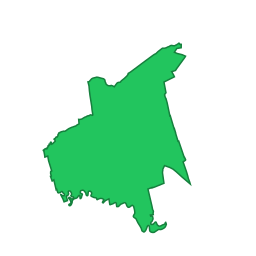 outline of Bucecea, Botosani, Romania, rotated 286°
{"feature_id": "2599482B9229930531525", "entity_name": "Bucecea", "entity_type": "district", "adm_level": 2, "iso_a3": "ROU", "parent_name": "Romania", "parent_adm1": "Botosani", "projection": "natural_earth1", "projection_center": [26.438, 47.768], "detail": "fine", "context": "isolated", "style": "filled", "palette": "green", "viewbox_px": 256, "rotation_deg": 286, "n_neighbors": 0, "source": "geoboundaries", "source_scale": "gbopen_adm2", "svg_char_len": 5536}
<svg xmlns="http://www.w3.org/2000/svg" viewBox="0 0 256 256"><g transform="rotate(286 128 128)"><path d="M223.1,156.1L222.7,155.3L222.7,154.7L223.3,154.4L223.5,154.1L223.6,153.8L223.5,153.4L222.6,152.9L222.2,152.4L221.3,151.8L220.8,151.0L219.9,150.2L219.7,149.4L219.5,148.5L219.5,147.7L219.3,146.8L218.7,145.9L217.6,145.1L217.3,144.4L215.5,142.4L214.8,141.2L214.2,139.1L209.9,135.9L207.1,134.3L206.1,133.1L204.4,131.7L193.1,123.0L192.5,122.6L182.4,114.9L180.5,113.1L180.0,113.4L177.7,112.6L174.5,110.7L171.4,108.5L170.2,108.1L169.9,107.9L169.1,106.0L168.2,105.1L163.8,103.4L164.2,102.1L164.3,100.5L164.3,100.0L163.6,99.4L163.3,97.6L163.3,96.7L164.1,95.0L164.7,94.4L165.3,94.1L166.4,93.1L167.7,92.6L168.3,91.7L168.6,90.8L168.5,87.8L168.5,85.6L168.3,84.0L166.3,80.6L165.9,80.1L165.1,79.4L162.1,78.0L161.6,77.5L161.3,76.8L157.7,78.9L153.0,80.7L149.0,82.4L138.7,87.2L135.6,88.4L132.2,90.0L131.1,90.5L130.6,90.5L130.3,90.1L130.4,89.4L130.4,88.7L130.2,88.1L129.1,87.2L128.7,86.4L128.8,86.4L128.7,86.2L128.2,85.4L127.2,84.6L126.6,83.6L123.7,80.9L122.8,78.9L122.7,78.2L118.5,79.8L116.8,78.1L115.3,77.1L115.3,76.8L115.0,76.3L113.7,74.6L113.3,73.9L112.2,72.6L111.2,71.4L109.7,70.1L108.6,69.3L107.6,68.4L107.3,67.7L107.3,67.2L106.0,64.9L105.4,64.3L105.3,64.0L105.0,64.0L104.7,63.8L104.1,62.8L103.1,62.8L102.4,62.5L101.4,62.8L100.6,62.5L100.2,62.6L99.7,62.3L99.6,62.2L99.7,61.7L99.5,61.4L99.1,61.2L97.6,60.8L97.5,60.6L97.5,60.3L97.1,60.0L96.8,60.0L96.6,60.2L96.2,61.1L95.2,61.7L93.6,60.7L92.9,60.4L92.2,59.9L92.2,59.3L91.4,59.1L91.5,58.9L92.3,58.7L93.1,58.1L93.2,57.9L93.1,57.6L92.8,57.4L91.6,57.4L90.9,57.5L90.5,57.0L90.7,56.9L90.7,56.7L90.2,56.7L89.8,57.1L89.7,57.0L89.6,56.6L89.1,56.3L89.1,56.5L88.6,56.3L88.5,56.5L87.8,56.3L87.3,55.9L86.6,56.1L86.4,56.0L86.2,55.5L85.5,55.6L85.5,55.4L85.8,54.9L85.6,54.7L85.2,54.4L85.0,54.0L84.7,53.9L84.6,53.6L83.3,53.5L83.2,53.3L83.7,53.0L83.6,52.8L83.3,52.7L83.1,53.0L82.9,53.0L82.8,53.3L82.4,53.6L79.2,55.2L77.1,56.1L77.4,56.6L77.9,57.2L78.9,58.6L74.6,60.7L65.7,66.5L65.1,65.8L64.6,65.7L63.0,66.1L60.7,67.5L60.2,66.8L56.1,69.7L56.2,69.9L57.7,71.0L48.9,75.9L49.5,76.3L46.6,78.3L46.4,78.9L47.2,80.6L48.7,81.7L48.8,82.1L48.7,82.4L47.7,83.4L47.2,84.7L46.7,85.1L45.9,85.3L45.3,85.3L45.1,85.0L45.0,83.5L45.5,82.4L45.5,81.7L45.4,81.7L41.9,85.0L39.4,86.9L41.5,89.8L45.3,87.6L46.0,87.8L46.3,88.5L46.6,88.7L47.8,89.1L48.6,89.0L49.8,88.3L50.3,88.1L50.6,88.1L51.0,88.3L51.3,89.0L51.4,89.4L51.3,89.9L51.1,90.3L50.0,91.5L49.4,91.8L48.5,92.1L47.8,92.0L47.4,91.7L47.1,91.8L46.6,92.4L46.4,92.8L46.5,93.8L46.7,94.4L46.2,95.0L45.7,95.1L45.3,95.0L44.4,94.0L44.2,93.3L44.5,92.4L44.9,91.9L45.2,91.0L45.1,90.5L44.9,90.4L44.5,90.3L44.0,90.4L43.3,91.5L42.5,92.6L40.9,93.6L40.1,93.7L39.6,93.7L38.9,92.9L38.2,92.3L37.9,92.3L37.3,92.7L37.2,93.0L37.3,93.6L37.6,94.0L38.1,94.3L38.7,94.6L40.5,94.8L41.2,94.8L42.0,94.6L43.0,94.6L44.3,95.1L45.0,95.7L45.9,97.0L46.4,97.8L47.2,98.5L49.2,99.1L49.7,99.5L49.9,100.1L49.7,100.3L47.3,101.3L47.0,101.5L47.1,101.9L47.3,102.1L48.5,102.4L50.1,102.3L51.4,102.5L51.9,102.2L52.1,101.9L52.2,100.4L52.3,100.1L53.3,99.8L53.8,99.7L54.2,99.7L54.7,99.8L55.0,100.3L55.8,101.7L55.7,102.7L55.3,103.4L53.9,105.3L53.2,105.7L52.5,106.0L51.9,106.5L51.7,106.9L51.6,107.4L51.9,107.8L52.3,108.0L55.3,107.5L55.9,107.5L56.5,107.9L56.7,108.4L56.8,108.7L56.8,109.2L56.6,109.8L56.1,110.5L55.6,111.0L54.6,111.2L53.2,111.0L52.7,111.0L52.4,111.2L52.2,111.7L51.8,114.5L52.0,116.2L52.0,116.8L51.6,117.3L50.7,117.8L50.6,118.1L51.7,119.3L52.7,120.8L53.1,122.7L52.5,124.5L49.6,123.9L49.1,124.7L52.1,126.4L54.6,129.2L49.4,131.6L49.3,131.9L51.1,134.5L52.8,136.1L52.8,136.6L52.5,137.5L51.8,137.7L49.4,138.8L49.6,140.0L50.1,140.6L52.7,142.0L53.4,142.9L54.9,144.7L55.3,145.4L55.3,146.1L55.0,146.6L54.3,147.3L53.3,148.0L52.7,148.5L51.9,149.7L51.9,150.4L52.4,151.3L54.0,152.5L54.9,153.3L54.8,153.9L54.2,155.0L51.1,156.8L48.8,157.8L47.6,158.0L45.7,157.5L44.7,157.4L44.0,157.9L43.5,159.0L43.2,160.2L42.7,160.9L39.6,163.7L36.9,166.7L35.4,168.2L33.0,169.8L32.4,171.6L32.7,172.4L34.2,173.2L36.3,173.5L37.8,173.6L39.1,173.8L39.7,174.1L40.0,174.7L39.7,175.3L39.0,175.7L35.4,177.1L34.7,177.7L34.4,178.5L34.3,179.2L34.4,180.6L34.8,181.7L35.0,182.0L38.8,185.2L39.1,186.0L39.4,187.5L40.2,188.7L41.6,190.1L42.4,190.7L43.0,191.0L44.3,191.3L46.0,191.4L47.0,190.8L47.6,190.3L47.2,190.1L46.8,189.8L46.2,190.0L45.7,189.8L44.6,188.3L44.2,187.7L43.1,186.7L42.4,185.6L42.2,184.5L42.7,183.5L42.9,182.9L44.8,181.3L45.3,180.7L45.1,180.2L44.9,180.0L43.8,179.5L43.4,179.2L42.6,178.9L42.3,178.7L42.1,178.3L42.2,177.9L41.7,177.0L41.8,176.7L42.0,176.4L42.5,176.2L43.7,176.0L44.4,176.6L44.9,176.8L47.1,177.1L47.6,177.1L49.3,176.3L49.7,176.0L49.9,175.0L49.5,174.1L50.5,173.5L51.7,176.2L52.9,175.6L54.5,175.5L55.0,175.3L55.7,174.8L56.3,174.2L59.6,172.5L74.8,164.0L77.4,167.4L77.0,167.6L78.7,170.0L84.8,177.8L94.0,173.7L95.2,173.3L97.0,173.1L97.9,172.8L101.9,173.5L101.6,179.0L100.9,182.5L100.1,184.4L99.2,186.5L95.7,193.6L91.3,203.3L93.2,202.1L96.3,199.8L98.3,198.7L102.2,196.2L110.6,190.3L112.8,192.1L113.3,191.8L113.6,192.0L115.4,190.4L115.2,190.2L129.3,180.4L129.1,180.2L129.3,180.0L129.1,179.7L136.4,175.0L136.5,175.1L139.8,173.0L139.6,172.9L140.3,172.5L140.2,172.4L151.5,165.2L151.2,164.9L162.8,158.8L166.6,156.5L166.5,156.3L168.0,155.3L168.6,154.7L169.2,154.3L169.8,154.4L170.5,153.9L172.3,154.8L182.1,149.9L190.0,158.5L192.2,156.6L192.6,156.0L193.6,155.2L194.2,154.5L196.4,157.8L198.5,158.4L211.6,163.2L212.9,163.5L213.4,159.8L213.2,154.7L213.6,151.7L217.9,153.0L219.8,157.0L222.9,156.2L223.1,156.1Z" fill="#22c55e" stroke="#15803d" stroke-width="1.5"/></g></svg>